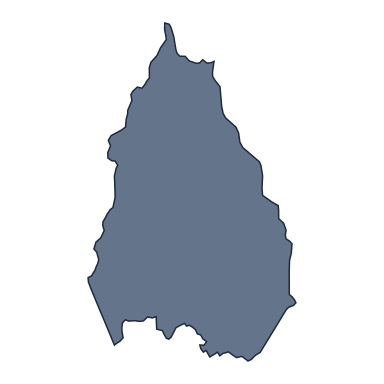 the district of Verdejante, Pernambuco, Brazil
{"feature_id": "56859067B79856734392971", "entity_name": "Verdejante", "entity_type": "district", "adm_level": 2, "iso_a3": "BRA", "parent_name": "Brazil", "parent_adm1": "Pernambuco", "projection": "equal_earth", "projection_center": [-39.001, -7.953], "detail": "fine", "context": "isolated", "style": "filled", "palette": "slate", "viewbox_px": 384, "rotation_deg": 0, "n_neighbors": 0, "source": "geoboundaries", "source_scale": "gbopen_adm2", "svg_char_len": 1959}
<svg xmlns="http://www.w3.org/2000/svg" viewBox="0 0 384 384"><path d="M210.8,62.8L206.9,63.1L202.7,59.7L199.6,62.9L196.3,63.3L189.2,60.9L185.1,56.3L179.9,56.2L177.3,53.7L176.0,50.2L173.7,36.4L171.0,27.5L169.2,24.2L164.8,23.0L164.6,29.1L166.4,39.4L160.6,47.7L157.0,55.5L150.9,62.3L149.3,67.6L149.4,78.0L147.1,80.6L144.8,84.6L142.0,88.2L137.3,87.1L132.9,91.2L130.9,94.5L131.9,100.5L127.8,110.2L127.6,114.0L126.2,119.2L125.5,127.1L121.4,130.1L111.1,135.6L108.3,140.3L110.5,145.9L107.8,152.5L107.9,158.0L111.6,160.7L115.1,161.1L117.7,165.1L116.1,168.5L114.4,176.1L114.7,182.4L115.0,192.2L115.1,197.6L112.9,207.6L110.3,209.5L107.1,214.2L105.2,218.0L102.9,222.0L102.8,225.7L104.2,230.6L100.7,237.9L96.0,242.1L93.9,248.9L96.7,252.2L98.7,259.6L97.8,263.3L96.1,266.9L95.0,270.3L93.2,272.9L91.5,275.9L88.1,277.6L88.4,282.0L91.3,289.6L101.0,313.0L104.4,320.9L114.4,345.1L116.7,343.3L120.0,341.2L123.1,337.8L121.9,330.9L121.9,326.9L122.6,322.6L125.5,319.8L128.6,321.1L134.8,320.7L139.4,321.4L143.4,320.9L147.6,317.0L152.5,317.9L156.1,316.6L156.7,329.2L162.3,330.5L164.4,334.9L166.4,338.2L168.8,339.2L171.2,337.1L176.0,327.7L179.8,325.6L184.5,323.4L186.6,326.1L189.2,325.2L192.4,327.1L195.3,329.5L197.4,333.9L200.8,335.0L202.7,338.7L206.6,341.6L204.1,345.2L199.8,345.0L200.8,348.7L203.3,352.1L206.2,350.5L209.8,357.0L215.1,353.8L217.3,352.1L219.8,355.8L222.8,353.5L228.5,351.9L232.3,354.8L236.5,357.6L242.0,356.4L248.0,361.0L251.3,359.5L255.5,355.2L260.1,352.5L286.3,309.6L288.5,307.4L293.4,305.5L295.9,302.8L294.5,299.8L292.0,296.7L289.3,294.5L289.2,272.8L289.5,260.5L291.3,253.3L292.0,243.8L289.5,241.0L286.1,238.9L285.3,235.3L286.1,230.2L283.6,223.2L278.7,218.6L278.6,209.9L278.2,205.6L271.9,202.0L262.6,195.4L262.0,188.2L262.6,175.8L261.0,165.7L259.4,161.8L242.8,147.6L239.9,142.2L238.6,133.0L235.9,127.1L225.8,118.1L223.1,113.5L221.7,106.6L220.0,86.8L214.9,80.2L212.6,76.3L212.5,72.2L214.0,61.4L210.8,62.8Z" fill="#64748b" stroke="#1e293b" stroke-width="1.5"/></svg>